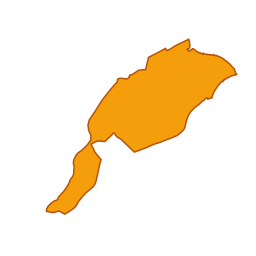 the district of Pulang Pisau, Kalimantan Tengah, Indonesia, rotated 224°
{"feature_id": "22746128B75083695068268", "entity_name": "Pulang Pisau", "entity_type": "district", "adm_level": 2, "iso_a3": "IDN", "parent_name": "Indonesia", "parent_adm1": "Kalimantan Tengah", "projection": "robinson", "projection_center": [113.906, -2.505], "detail": "fine", "context": "isolated", "style": "filled", "palette": "amber", "viewbox_px": 256, "rotation_deg": 224, "n_neighbors": 0, "source": "geoboundaries", "source_scale": "gbopen_adm2", "svg_char_len": 4850}
<svg xmlns="http://www.w3.org/2000/svg" viewBox="0 0 256 256"><g transform="rotate(224 128 128)"><path d="M113.6,22.1L112.4,26.8L111.4,31.3L111.2,33.5L111.2,34.2L111.1,35.4L111.5,37.2L112.6,41.2L112.7,42.8L112.9,44.7L113.1,47.5L113.2,51.0L113.0,54.1L112.2,61.4L112.7,64.3L113.1,65.4L114.0,67.3L114.2,67.8L114.7,68.8L115.7,70.1L117.2,72.8L119.1,75.8L124.2,84.1L125.1,85.9L125.4,86.6L126.7,86.7L129.8,87.1L132.3,87.3L134.3,87.6L135.8,87.9L136.3,88.0L138.6,89.3L140.3,89.5L141.7,90.1L143.4,90.8L142.8,92.5L141.1,97.2L139.6,98.7L135.2,102.2L135.0,107.3L134.8,112.1L135.1,114.2L134.9,114.8L132.9,114.5L131.6,114.2L129.3,114.1L128.5,114.2L125.7,115.0L106.7,115.1L101.4,126.0L98.1,134.2L95.5,138.9L91.5,147.7L89.8,151.1L87.5,156.6L86.8,160.9L86.7,163.7L86.9,166.1L87.6,168.1L91.2,174.2L93.4,179.3L93.7,180.5L94.1,183.5L94.3,188.1L93.4,193.9L93.2,197.6L93.3,199.0L92.6,200.4L92.7,202.1L92.4,204.0L92.1,204.3L92.1,204.5L91.5,204.7L90.7,204.2L88.6,208.1L88.8,208.1L89.6,209.4L89.6,209.8L90.2,211.1L91.1,213.6L91.7,215.7L92.0,217.1L92.4,219.4L92.4,219.7L92.5,219.8L92.5,220.2L92.6,221.4L92.6,221.6L92.6,222.1L92.7,222.3L92.8,223.6L92.7,223.8L92.8,223.9L92.7,224.2L92.7,226.3L92.7,226.5L92.6,227.1L92.5,227.9L92.5,228.0L92.4,228.0L92.5,228.1L92.4,228.3L92.3,229.2L92.2,229.3L92.3,229.4L92.2,229.5L92.1,230.0L92.0,230.4L92.1,230.5L91.9,230.7L91.7,231.5L91.5,231.9L91.2,233.2L91.2,233.5L90.9,233.9L90.8,234.2L90.7,234.8L90.5,235.2L90.4,235.7L90.4,235.8L90.1,236.3L88.9,238.9L87.9,240.5L87.3,241.2L87.3,241.4L87.3,241.5L87.5,241.7L87.4,241.8L87.5,241.8L87.6,241.7L87.6,241.8L87.7,242.0L87.8,241.9L87.9,242.0L88.0,242.0L88.4,242.2L88.5,242.3L88.8,242.4L91.3,243.6L91.5,243.7L91.8,244.0L92.1,244.2L92.6,244.3L93.8,244.3L94.4,244.3L94.6,244.4L95.0,244.3L96.5,244.5L97.6,244.6L97.8,244.6L99.3,244.7L100.3,244.6L102.2,244.5L103.7,244.4L105.3,244.2L105.7,244.1L105.9,244.0L106.1,243.9L106.3,244.0L107.3,244.0L107.9,243.9L108.7,243.6L108.9,243.7L109.1,243.7L110.4,243.3L110.8,243.1L111.6,242.8L111.9,242.6L112.0,242.4L112.2,242.5L112.8,242.3L113.0,242.3L113.0,242.2L114.2,241.7L114.4,241.4L114.7,241.4L114.8,241.3L114.9,241.1L115.0,241.1L115.4,240.9L115.4,241.0L115.5,240.9L115.7,240.7L115.9,240.7L116.0,240.6L116.3,240.5L116.3,240.4L116.4,240.2L116.5,240.2L116.8,240.1L117.0,240.0L117.1,239.8L117.2,239.7L117.3,239.8L117.3,239.7L117.6,239.5L117.7,239.4L117.8,239.3L117.9,239.1L118.1,239.1L118.5,238.7L118.8,238.5L118.9,238.4L119.1,238.3L119.1,238.1L119.3,238.1L119.5,237.9L119.8,237.8L119.8,237.7L120.0,237.6L120.4,237.4L120.5,237.3L120.5,237.2L120.8,237.0L121.0,236.9L121.2,236.7L121.3,236.5L121.4,236.4L121.5,236.5L121.7,236.3L121.9,236.2L122.1,236.0L122.5,235.8L122.6,235.7L122.9,235.4L123.0,235.4L123.3,235.2L123.6,235.0L123.7,234.9L124.5,234.4L124.9,234.2L125.0,234.1L125.2,233.9L125.4,233.8L125.4,233.7L125.5,233.8L125.5,233.6L125.9,233.4L126.3,233.2L126.6,232.9L126.8,232.8L126.9,232.7L126.9,232.8L127.1,232.7L127.4,232.4L127.5,232.4L127.9,232.1L128.1,232.2L128.5,231.9L128.8,231.8L129.0,231.7L129.4,231.5L129.5,231.6L129.8,231.4L130.1,231.3L130.4,231.2L130.8,231.1L131.3,230.9L131.8,230.8L132.4,230.8L132.5,230.7L132.8,230.7L133.1,230.7L133.4,230.6L134.0,230.6L134.4,230.4L134.6,230.5L134.8,230.4L135.1,230.5L135.7,230.5L136.2,230.2L136.3,230.1L136.7,229.8L136.8,229.6L136.7,229.1L136.8,229.0L136.8,228.8L136.8,228.6L136.9,228.4L136.9,228.2L137.0,227.4L137.1,227.2L137.0,226.9L137.4,226.2L137.5,226.1L137.7,225.5L139.6,225.6L140.0,225.7L140.3,226.2L140.0,226.5L139.6,226.7L139.3,227.0L139.3,227.6L139.4,227.9L139.4,228.2L139.5,228.3L139.6,228.5L139.8,229.0L140.2,229.7L140.4,229.9L140.6,230.2L141.0,230.5L141.4,230.9L142.1,231.3L142.2,231.5L142.3,231.6L142.5,231.7L143.5,232.5L143.8,232.7L143.8,232.8L144.0,232.9L144.4,233.2L144.9,233.4L145.1,233.5L145.9,233.9L146.0,234.0L150.8,221.0L152.5,214.0L153.8,210.6L156.2,211.4L156.8,209.8L158.0,205.9L159.7,200.8L162.3,193.1L155.9,182.2L160.4,177.1L162.1,169.6L162.2,169.4L162.4,169.1L162.5,168.8L163.2,167.8L163.3,166.8L163.1,166.1L162.3,165.5L162.3,165.3L162.5,164.3L162.6,163.9L162.6,163.4L162.7,162.8L164.2,161.4L166.4,159.9L167.3,159.1L169.2,157.1L169.3,155.8L168.4,154.5L168.0,154.1L167.8,153.8L167.8,153.5L167.7,150.8L167.7,149.6L167.6,148.2L167.6,147.8L167.5,146.8L167.4,144.0L166.0,130.2L165.9,129.4L165.2,126.4L164.6,123.6L163.7,119.2L163.2,116.7L161.5,107.0L159.8,103.9L158.9,102.4L155.1,99.3L153.5,98.5L149.3,96.8L147.6,94.8L146.3,93.3L145.6,87.5L145.5,86.3L145.5,85.8L145.9,79.1L146.6,75.3L146.6,74.7L146.3,71.7L144.5,66.8L142.5,64.3L139.8,62.7L137.3,59.6L135.5,57.6L134.2,55.1L133.7,51.0L131.9,46.5L130.9,42.3L130.3,37.7L130.2,36.6L130.1,31.8L130.0,29.8L129.0,27.4L129.0,27.2L129.4,26.3L130.3,24.4L131.0,20.9L131.1,20.2L131.1,15.9L130.2,13.1L128.7,11.3L127.6,12.2L125.0,13.7L124.4,14.1L122.9,15.3L121.1,18.5L120.7,19.1L120.0,20.4L113.6,22.1Z" fill="#f59e0b" stroke="#b45309" stroke-width="1.5"/></g></svg>